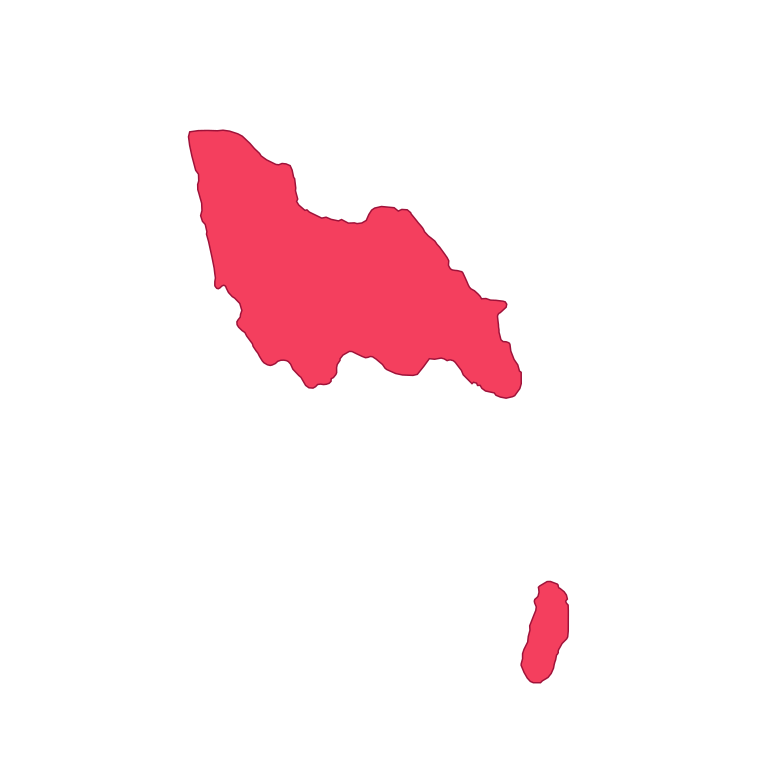 Tinian, Tinian, Northern Mariana Islands (Albers equal-area conic projection), rotated 306°
{"feature_id": "39175420B24162802066299", "entity_name": "Tinian", "entity_type": "district", "adm_level": 2, "iso_a3": "MNP", "parent_name": "Northern Mariana Islands", "parent_adm1": "Tinian", "projection": "albers", "projection_center": [145.616, 14.971], "detail": "fine", "context": "isolated", "style": "filled", "palette": "rose", "viewbox_px": 768, "rotation_deg": 306, "n_neighbors": 0, "source": "geoboundaries", "source_scale": "gbopen_adm2", "svg_char_len": 4364}
<svg xmlns="http://www.w3.org/2000/svg" viewBox="0 0 768 768"><g transform="rotate(306 384 384)"><path d="M330.6,274.4L331.0,278.3L332.1,281.0L333.7,282.4L334.8,283.0L336.8,284.1L339.9,284.7L342.6,286.6L344.4,288.9L345.6,291.4L345.9,293.5L345.2,296.7L342.4,301.6L340.8,310.1L340.6,312.9L336.8,321.4L336.8,325.5L339.0,329.0L341.6,330.2L344.6,330.6L346.6,332.7L348.0,335.4L349.9,337.5L352.3,339.2L355.0,339.6L355.7,339.1L357.3,338.2L359.5,339.3L363.4,339.5L365.4,339.0L366.7,338.0L369.4,336.0L372.3,334.7L377.3,334.5L378.6,333.6L383.3,333.8L390.0,336.8L391.5,339.1L392.1,342.7L392.4,344.4L393.5,350.2L394.4,353.6L396.2,355.4L398.1,356.6L399.3,358.6L399.5,363.1L399.3,365.8L398.9,371.3L398.0,373.9L397.4,375.5L397.3,377.6L397.7,379.6L399.3,387.2L400.6,390.1L402.2,393.7L408.0,402.4L411.4,405.3L421.7,405.8L422.1,405.8L431.1,405.8L433.8,410.4L438.6,415.0L439.7,417.9L440.0,421.3L441.5,422.4L442.7,423.8L443.1,425.2L443.6,426.2L443.4,428.9L440.5,438.6L438.0,442.7L436.0,455.0L438.0,455.4L439.1,458.4L437.8,460.5L439.4,462.6L438.0,465.8L438.0,470.2L441.6,478.4L440.7,481.2L441.8,485.8L444.3,491.1L449.0,495.2L449.4,495.5L451.4,496.6L460.1,496.6L462.9,495.6L465.0,494.8L474.1,488.1L474.1,486.0L478.1,481.0L480.3,474.8L485.2,467.2L489.9,462.8L490.7,461.5L490.5,459.8L489.9,457.9L488.3,455.4L488.5,452.8L489.1,451.9L489.7,451.2L492.8,447.5L493.4,446.7L495.4,445.2L497.4,443.2L498.9,442.0L499.4,441.6L501.3,439.8L504.8,436.6L505.7,435.9L506.5,435.6L507.3,435.4L508.0,435.4L509.2,435.6L510.0,436.1L517.9,437.7L519.8,436.8L520.7,436.4L521.7,433.8L521.0,431.7L517.9,426.1L517.7,425.7L514.5,420.9L513.1,416.3L510.5,413.0L510.3,412.8L510.4,412.6L511.5,410.1L512.1,407.0L512.6,402.4L512.1,398.4L512.6,396.1L513.8,393.7L515.2,391.4L517.4,387.6L520.3,382.4L520.6,380.9L520.0,379.6L519.5,378.2L518.7,376.4L517.6,374.6L517.5,374.4L516.4,372.2L516.2,370.1L517.0,368.1L517.9,366.4L519.6,365.3L521.7,364.0L523.3,360.9L524.9,356.3L526.3,352.0L527.4,348.6L528.2,344.7L529.5,341.2L529.9,332.6L531.0,327.3L532.2,325.2L533.0,323.3L533.7,320.7L534.6,316.7L535.2,314.7L537.5,306.1L538.3,304.8L538.6,300.4L535.7,295.8L532.3,293.9L532.6,288.6L526.1,277.6L520.8,273.0L517.4,271.8L512.3,272.1L505.9,273.5L501.2,271.4L497.9,267.9L497.0,265.4L493.2,260.6L492.1,253.0L489.2,251.3L486.1,244.4L485.5,241.6L484.9,239.1L481.6,236.1L479.2,222.6L479.6,219.3L478.0,218.0L478.7,209.9L480.3,206.0L482.9,205.5L488.3,198.8L490.7,197.4L497.6,191.0L498.1,189.4L503.1,183.9L505.5,179.7L504.5,175.4L502.5,171.9L499.5,170.0L498.1,167.5L496.3,157.1L496.3,150.5L497.4,147.7L498.3,140.8L499.8,134.3L501.2,123.7L500.5,118.7L497.8,110.4L494.7,104.6L490.9,100.3L485.4,92.2L479.8,84.8L473.8,78.6L469.1,80.5L466.2,83.3L462.9,86.4L455.6,94.5L451.6,99.4L446.2,106.0L444.7,110.6L439.3,114.8L438.6,115.0L436.7,115.7L436.0,115.9L431.8,119.1L429.2,122.5L427.9,124.1L423.1,130.2L417.3,134.8L412.4,136.7L408.9,141.5L408.0,145.6L403.1,151.2L400.9,152.3L396.0,158.5L385.3,170.5L385.2,170.6L377.9,178.5L374.1,182.0L370.7,185.3L367.5,186.9L365.1,188.6L364.0,189.5L363.5,190.8L363.1,192.5L363.7,194.0L365.7,194.9L367.5,195.1L368.2,195.4L368.7,195.6L369.8,196.4L370.0,198.3L368.8,200.2L366.6,204.4L365.5,209.9L365.7,212.7L364.4,220.0L360.9,224.5L360.3,225.4L359.9,225.8L356.3,226.9L356.2,226.9L353.5,228.4L350.5,228.2L347.9,228.4L345.6,230.3L344.5,233.0L343.8,237.8L343.9,241.2L342.1,244.7L339.2,253.9L337.5,256.0L335.7,260.8L334.8,263.9L333.2,267.0L331.9,270.1L331.1,272.1L330.6,274.4ZM229.4,677.2L230.1,680.4L234.3,686.2L237.0,686.6L243.0,689.2L248.1,689.4L249.5,689.1L253.7,688.2L257.0,686.6L259.6,685.6L261.7,685.0L264.2,683.8L265.3,683.3L266.2,682.9L267.4,683.1L269.1,682.9L270.3,681.9L271.9,681.4L275.6,681.0L278.7,680.6L285.3,681.6L287.0,681.3L287.3,681.3L292.4,678.3L308.9,666.4L313.4,662.9L313.7,661.4L314.2,659.8L314.8,659.1L314.9,658.8L315.5,658.6L316.5,658.6L317.3,658.8L317.8,658.8L320.5,655.6L321.8,651.9L322.1,646.6L321.8,645.6L322.2,644.8L322.4,644.2L323.2,643.5L323.8,642.8L324.0,641.8L322.1,634.8L320.1,632.1L312.2,628.7L310.3,628.4L308.9,629.8L306.7,631.8L302.7,633.4L301.0,633.2L298.4,632.6L296.7,633.2L295.4,634.6L293.7,637.4L293.1,638.3L292.7,638.5L292.4,638.6L290.0,639.9L285.1,641.1L274.0,644.0L270.6,646.8L264.6,649.1L259.7,651.9L251.7,653.2L247.3,654.6L244.8,656.4L243.2,657.6L239.5,659.0L238.2,659.5L237.0,660.3L233.0,666.8L230.3,672.8L229.4,677.2Z" fill="#f43f5e" stroke="#9f1239" stroke-width="1.5"/></g></svg>